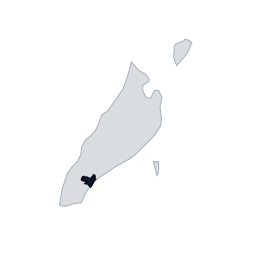 Laga, Baucau, East Timor (highlighted), rotated 150°
{"feature_id": "22284137B62238566078682", "entity_name": "Laga", "entity_type": "district", "adm_level": 2, "iso_a3": "TLS", "parent_name": "East Timor", "parent_adm1": "Baucau", "projection": "equal_earth", "projection_center": [126.658, -8.504], "detail": "fine", "context": "in_parent", "style": "filled", "palette": "ink", "viewbox_px": 256, "rotation_deg": 150, "n_neighbors": 0, "source": "geoboundaries", "source_scale": "gbopen_adm2", "svg_char_len": 3514}
<svg xmlns="http://www.w3.org/2000/svg" viewBox="0 0 256 256"><g transform="rotate(150 128 128)"><path d="M92.1,183.6L90.0,173.0L87.7,168.5L86.0,165.9L85.4,162.7L85.5,159.4L86.6,157.9L94.0,157.5L96.9,152.1L96.9,145.6L95.4,143.4L93.9,142.4L86.3,147.3L84.1,146.4L82.8,144.7L83.2,137.5L89.5,130.7L94.8,118.5L98.6,113.6L107.3,109.0L110.8,107.7L136.2,101.0L142.3,100.5L158.4,100.7L180.0,99.3L185.3,98.3L192.2,95.4L198.9,91.7L202.4,88.8L206.2,86.7L211.7,89.3L221.1,91.3L223.6,93.1L226.0,95.5L215.1,108.4L203.1,119.1L195.7,122.3L188.0,124.5L182.2,128.6L177.3,135.1L171.0,138.7L163.9,139.9L157.9,141.9L152.4,145.6L144.8,152.2L141.7,152.8L138.4,152.7L132.1,155.2L112.5,164.4L100.6,174.8L92.1,183.6ZM30.0,169.8L39.7,162.9L54.5,157.5L54.2,161.4L52.6,167.6L50.4,170.4L47.0,175.6L44.8,176.8L35.9,175.6L34.8,176.4L33.3,175.8L31.0,172.5L30.0,169.8ZM126.7,72.4L122.7,86.4L118.3,83.4L122.9,75.6L125.2,73.3L126.7,72.4Z" fill="#d9dde1" stroke="#a8b0b8" stroke-width="1"/><path d="M194.0,106.4L193.9,106.2L193.6,106.1L193.5,105.9L193.5,105.7L193.4,105.7L193.5,105.5L193.4,105.4L193.5,105.4L193.4,105.3L193.4,105.2L193.3,104.9L193.2,104.9L193.1,104.7L193.0,104.4L192.9,104.3L192.6,104.2L192.4,104.1L192.2,103.9L192.0,103.6L191.9,103.5L191.7,103.3L191.6,103.2L191.5,102.9L191.4,102.7L191.5,102.6L191.5,102.4L191.5,102.2L191.8,102.0L191.8,101.9L192.0,101.9L192.0,101.7L192.1,101.4L192.3,101.3L192.5,101.4L192.7,101.2L192.8,101.2L192.7,101.1L192.3,100.8L192.3,100.7L192.3,100.8L192.2,100.8L192.2,100.7L191.9,100.7L191.7,100.6L191.6,100.4L191.4,100.4L191.2,100.2L191.1,99.9L190.9,99.6L190.8,99.2L190.8,98.9L190.7,98.7L190.6,98.4L190.6,98.2L190.5,97.7L190.4,97.6L190.5,97.5L190.5,97.4L190.5,97.2L190.4,97.0L190.4,96.9L190.3,96.7L190.2,96.6L189.9,96.4L189.9,96.2L189.8,95.9L189.9,95.7L189.5,95.7L189.3,95.9L189.2,95.9L188.9,96.0L188.7,96.0L188.3,96.3L188.0,96.5L187.8,96.5L187.7,96.6L187.4,96.8L187.0,97.1L186.9,97.2L186.8,97.3L186.6,97.5L186.4,97.6L186.2,97.7L185.8,97.8L185.7,97.8L185.5,98.0L185.4,98.0L185.2,98.0L184.9,98.3L184.6,98.4L184.5,98.6L184.4,98.7L184.3,98.8L184.2,98.9L184.1,99.1L183.9,99.2L183.7,99.2L183.5,99.3L183.4,99.2L183.1,99.2L182.9,99.3L182.7,99.5L182.6,99.8L182.4,100.0L182.2,100.1L182.0,100.3L182.0,100.2L181.9,100.2L181.7,100.1L181.7,100.6L181.7,100.8L181.7,101.0L181.7,101.3L181.6,101.5L181.4,101.6L181.3,101.8L181.2,101.8L181.0,102.0L180.9,102.2L180.9,102.3L180.9,102.5L180.8,102.8L180.7,103.0L180.6,103.3L180.5,103.5L180.5,103.8L180.5,104.0L180.8,104.1L181.0,104.0L181.3,104.3L181.4,104.5L181.5,104.6L181.7,104.4L181.8,104.3L181.9,104.2L182.0,104.1L182.2,103.9L182.3,103.9L182.4,103.7L182.6,103.6L183.0,103.6L183.3,103.7L183.5,103.8L183.7,103.7L183.8,103.4L184.0,103.2L183.9,103.2L184.0,103.1L184.0,102.9L184.4,102.9L184.5,102.9L184.8,102.8L184.9,102.7L185.0,102.7L185.3,102.6L185.5,102.6L185.7,102.8L185.7,103.0L185.9,103.2L186.1,103.2L186.2,103.3L186.3,103.4L186.4,103.5L186.5,103.8L186.7,104.0L186.8,104.2L187.0,104.3L187.2,104.5L187.3,104.6L187.3,104.8L187.5,104.9L187.6,105.0L187.7,105.3L187.8,105.5L187.9,105.8L188.0,105.8L188.2,106.0L188.3,106.0L188.5,106.2L188.7,106.3L188.8,106.3L189.0,106.3L189.4,106.6L189.5,106.7L189.8,106.7L189.8,106.8L189.9,107.0L190.0,107.2L190.0,107.3L190.0,107.5L190.1,107.8L190.3,108.0L190.5,108.1L190.9,108.2L191.0,108.3L191.3,108.3L191.6,108.3L191.6,108.2L192.0,108.0L192.1,107.9L192.3,107.9L192.5,107.8L192.8,107.7L193.0,107.6L193.3,107.5L193.4,107.4L193.5,107.3L193.6,107.0L193.6,106.9L193.9,106.7L194.0,106.4Z" fill="#0f172a" stroke="#020617" stroke-width="1.5"/></g></svg>